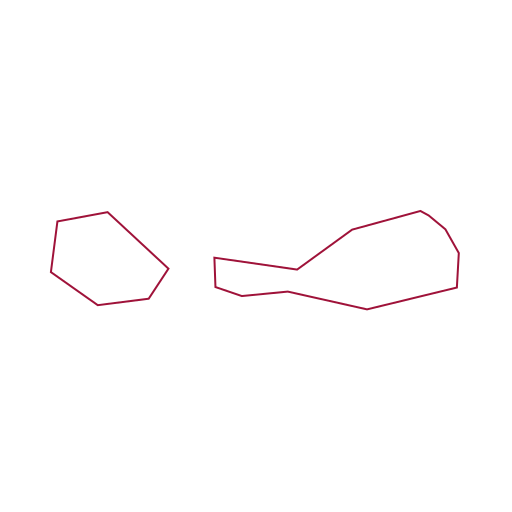 Saint Kitts and Nevis, Equal Earth projection, rotated 127°
{"feature_id": "KNA", "entity_name": "Saint Kitts and Nevis", "entity_type": "country or territory", "adm_level": 0, "iso_a3": "KNA", "parent_name": "North America", "parent_adm1": "", "projection": "equal_earth", "projection_center": [-62.678, 17.252], "detail": "fine", "context": "isolated", "style": "outline", "palette": "rose", "viewbox_px": 512, "rotation_deg": 127, "n_neighbors": 0, "source": "natural_earth", "source_scale": "50m", "svg_char_len": 405}
<svg xmlns="http://www.w3.org/2000/svg" viewBox="0 0 512 512"><g transform="rotate(127 256 256)"><path d="M305.2,269.7L282.4,288.2L242.1,215.0L177.1,195.1L121.1,151.8L119.7,142.5L120.7,120.8L131.6,95.8L160.3,76.6L231.8,135.2L265.3,209.2L296.5,243.2L305.2,269.7ZM392.3,410.1L347.9,435.4L310.3,400.9L318.8,318.3L354.7,316.0L390.5,352.8L392.3,410.1Z" fill="none" stroke="#9f1239" stroke-width="2"/></g></svg>